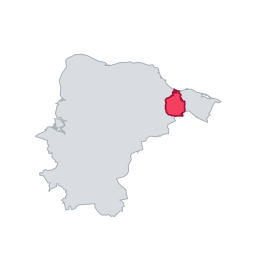 Paraná on a map of Brazil (Natural Earth projection), rotated 257°
{"feature_id": "BRA-613", "entity_name": "Paraná", "entity_type": "State", "adm_level": 1, "iso_a3": "BRA", "parent_name": "Brazil", "parent_adm1": "", "projection": "natural_earth1", "projection_center": [-50.532, -24.613], "detail": "fine", "context": "in_parent", "style": "filled", "palette": "rose", "viewbox_px": 256, "rotation_deg": 257, "n_neighbors": 0, "source": "natural_earth", "source_scale": "10m", "svg_char_len": 7935}
<svg xmlns="http://www.w3.org/2000/svg" viewBox="0 0 256 256"><g transform="rotate(257 128 128)"><path d="M74.8,51.4L77.1,53.7L79.9,52.6L80.8,54.0L82.4,52.0L86.2,49.9L87.0,47.9L89.5,46.8L89.7,45.6L86.9,45.1L86.2,39.8L83.8,36.4L87.0,38.1L89.9,38.0L92.0,39.7L92.6,37.6L99.9,35.1L101.5,33.3L101.4,31.7L103.6,31.6L104.2,32.4L103.5,35.1L105.4,35.9L106.0,38.1L104.8,39.8L104.1,44.2L105.5,48.8L109.0,51.5L110.4,51.1L111.2,49.6L112.5,50.0L116.4,47.5L121.3,48.3L120.6,46.3L121.3,45.0L122.3,45.6L125.5,44.6L129.1,47.0L130.7,45.8L134.1,46.7L140.5,36.2L141.5,37.3L143.7,46.9L144.8,48.4L146.9,49.3L147.1,51.7L143.5,56.4L141.2,57.9L138.3,64.2L135.4,65.1L138.4,65.3L142.9,62.1L143.8,66.1L145.0,67.4L149.6,66.0L148.3,70.5L150.1,66.9L152.2,64.8L153.3,65.4L153.7,64.8L153.3,63.1L154.7,61.1L158.4,60.6L166.1,64.1L166.6,65.9L167.7,64.7L169.5,66.1L170.0,67.6L169.0,68.6L169.4,69.1L170.4,68.1L170.6,69.1L169.8,70.1L169.2,73.2L170.4,72.0L171.3,69.6L171.4,71.3L174.9,69.2L183.0,71.8L189.5,71.6L195.8,75.8L201.3,81.7L208.2,82.7L209.5,84.9L211.3,93.4L210.5,98.9L207.8,104.5L200.2,113.7L200.2,112.9L198.8,117.1L196.4,120.8L195.3,121.4L194.5,119.7L193.8,120.5L192.8,124.5L193.5,135.7L192.1,142.2L192.2,144.8L190.1,147.5L189.4,154.1L184.4,162.3L184.1,166.1L181.2,167.6L179.7,170.8L175.9,170.9L175.1,169.7L174.8,171.0L168.9,171.3L169.2,172.4L165.5,175.0L163.4,175.0L159.6,177.2L155.0,181.2L154.1,183.1L153.2,182.3L152.9,183.2L151.9,182.8L153.2,183.9L152.1,185.2L151.8,187.3L152.6,191.9L151.5,198.7L147.7,202.6L142.9,212.1L138.3,216.3L138.2,214.9L141.4,213.1L144.2,208.0L144.3,207.1L142.4,207.6L141.3,206.0L141.9,207.6L141.4,209.5L138.6,212.7L137.7,215.2L138.0,216.6L135.9,221.4L133.0,224.4L132.4,223.9L132.3,221.5L134.0,219.4L131.4,216.0L125.6,212.2L123.8,210.0L122.2,211.2L122.0,209.7L118.8,206.3L117.2,207.2L115.6,206.7L122.5,197.7L123.3,197.8L123.2,196.9L130.8,191.5L131.5,187.1L130.1,183.9L127.6,183.8L129.1,176.3L127.5,175.1L124.2,175.8L122.5,167.9L119.8,166.5L117.8,167.5L113.4,166.3L114.0,161.1L112.6,157.0L113.8,156.1L112.7,154.9L115.2,147.4L113.8,143.9L111.4,142.5L111.6,137.8L103.9,137.7L103.5,133.8L102.1,131.9L103.4,131.9L102.3,125.5L99.9,124.0L96.9,124.2L91.4,119.9L85.7,118.8L83.2,116.5L81.5,112.9L81.4,105.3L76.4,106.3L67.8,112.2L65.2,111.5L59.2,111.7L59.5,104.0L56.6,106.6L52.6,106.8L51.8,104.3L48.2,103.9L49.2,101.8L44.7,94.7L45.9,93.5L45.7,91.5L48.3,89.3L47.9,87.5L49.3,82.7L53.7,79.7L58.2,78.0L61.7,78.6L64.1,63.3L63.1,60.0L61.2,58.1L61.3,54.6L65.1,54.2L64.4,52.3L62.1,52.2L62.2,49.0L69.3,49.0L69.2,47.7L70.3,48.8L72.6,47.0L73.8,49.1L73.9,51.6L74.8,51.4ZM145.7,58.0L153.6,58.9L151.7,64.3L150.2,64.4L150.0,65.3L148.8,64.9L147.5,66.3L144.6,66.3L143.5,63.6L144.3,62.9L143.3,61.9L144.0,58.8L145.7,58.0ZM138.9,64.5L140.1,60.7L141.4,60.1L141.3,62.5L138.9,64.5ZM147.8,56.1L147.1,57.6L145.3,57.2L145.6,56.3L147.8,56.1ZM145.1,54.5L144.8,57.5L144.1,57.2L145.1,54.5ZM149.1,58.0L148.0,58.2L147.4,57.9L148.8,57.0L149.1,58.0ZM143.9,58.1L142.8,59.1L142.3,58.6L143.1,57.7L143.9,58.1ZM146.1,55.5L145.5,54.9L146.5,54.3L146.5,54.9L146.1,55.5ZM145.4,47.9L144.8,48.0L144.6,47.0L145.3,46.9L145.4,47.9ZM152.8,194.7L152.6,193.8L153.1,192.9L153.3,193.2L152.8,194.7ZM166.1,174.7L166.3,175.7L165.5,175.5L166.1,174.7ZM152.5,187.9L152.1,187.4L152.7,186.8L152.8,187.0L152.5,187.9ZM170.2,71.3L169.7,72.4L170.2,70.8L170.2,71.3ZM194.9,121.5L194.1,121.8L194.6,121.0L194.9,121.5ZM171.0,171.8L170.2,172.1L170.1,171.9L170.6,171.4L171.0,171.8ZM193.6,123.6L193.3,124.2L193.1,123.8L193.6,123.6ZM168.1,63.7L168.2,64.3L167.9,64.2L168.1,63.7Z" fill="#d9dde1" stroke="#a8b0b8" stroke-width="1"/><path d="M128.6,179.8L128.8,179.1L128.7,178.5L128.7,178.3L129.0,178.0L129.0,177.8L129.0,177.7L128.9,177.4L128.8,177.2L128.7,176.8L128.7,176.6L128.8,176.5L129.1,176.3L129.2,176.2L129.3,176.1L129.7,175.9L129.8,175.6L129.8,175.1L129.8,174.9L129.9,174.5L130.0,174.2L130.2,173.5L130.2,173.3L130.3,173.2L130.6,173.0L131.1,172.7L131.5,171.6L131.6,171.2L131.8,170.6L131.9,170.4L132.2,170.2L133.5,169.6L134.1,169.1L134.4,168.9L134.6,168.9L134.9,169.0L135.0,169.0L135.5,169.1L135.8,168.9L135.9,169.0L136.2,169.2L136.5,169.1L137.0,169.2L137.3,169.1L137.4,169.3L137.5,169.3L137.6,169.2L137.8,168.8L137.9,168.7L138.1,168.7L138.4,168.8L138.9,169.1L139.0,169.2L139.3,169.1L139.6,169.4L139.8,169.3L140.1,169.5L140.4,169.5L140.5,169.5L140.7,169.3L141.1,169.3L141.4,169.5L141.7,169.8L142.0,169.9L143.0,170.2L143.1,170.3L143.3,170.5L143.4,170.8L143.5,170.8L143.8,170.7L144.4,170.7L144.5,170.8L144.8,170.8L145.0,170.6L145.4,170.8L145.5,170.7L145.8,170.8L146.1,170.8L146.5,170.6L146.8,170.7L146.8,170.8L147.0,171.0L147.1,171.3L147.4,171.4L147.6,171.5L147.8,171.6L148.0,172.0L148.2,172.3L148.3,173.0L148.1,173.6L148.2,174.0L148.3,174.2L148.4,174.4L148.5,174.5L148.5,175.1L148.4,175.3L148.4,175.5L148.5,175.7L148.7,175.8L148.7,176.0L148.9,176.3L149.0,176.3L149.1,176.5L149.3,176.6L149.4,176.8L149.4,177.1L149.5,177.2L149.6,177.6L149.8,177.7L149.9,177.8L149.8,178.0L149.6,178.2L149.6,178.3L149.6,178.5L149.5,178.8L149.5,179.0L149.6,179.3L150.0,179.5L150.2,179.4L150.4,179.4L150.6,179.4L150.7,179.2L150.8,179.2L150.9,179.3L151.0,179.4L151.4,179.4L151.5,179.3L151.7,179.5L151.8,179.4L152.0,179.4L152.2,179.5L152.4,179.4L152.5,179.4L152.6,179.6L152.9,179.7L152.8,179.9L152.7,180.0L152.7,180.4L152.6,180.5L152.6,180.8L152.5,181.0L152.6,181.3L152.8,181.4L152.9,181.2L153.0,181.2L153.0,180.9L153.3,180.9L153.5,180.9L153.5,181.0L153.8,181.1L154.0,181.1L154.1,181.7L154.1,181.9L154.2,182.0L154.3,182.1L154.5,182.2L154.8,182.1L154.6,182.4L154.5,182.6L154.2,182.8L154.1,183.1L154.0,183.3L153.9,183.2L154.0,182.7L154.4,182.4L154.2,182.4L154.0,182.5L153.9,182.6L153.7,182.4L153.7,182.6L153.6,182.8L153.6,182.6L153.6,182.1L153.4,182.3L153.5,182.4L153.4,182.5L153.2,182.4L153.1,182.2L153.1,182.3L153.0,182.2L153.1,182.6L152.9,182.6L153.1,182.7L153.1,182.8L153.2,183.0L153.0,183.3L152.8,183.3L152.8,183.2L152.7,183.2L152.6,183.3L152.3,183.2L152.1,183.0L151.8,182.7L151.9,183.1L152.0,183.2L152.1,183.3L151.9,183.3L152.0,183.4L152.3,183.4L152.3,183.5L152.2,183.5L152.4,183.6L152.6,183.6L153.0,183.7L152.8,183.8L153.0,183.7L153.3,183.7L153.4,183.8L153.1,184.1L152.8,184.8L152.7,185.2L152.5,184.9L152.4,185.0L152.5,185.1L152.2,185.2L151.8,185.2L151.7,185.3L151.8,185.3L152.5,185.3L152.5,185.9L152.3,185.9L152.2,185.8L151.1,185.8L151.0,186.0L150.7,186.0L150.6,185.9L150.6,186.0L150.4,186.0L150.3,185.9L150.2,186.0L149.9,186.1L149.7,186.2L149.5,186.5L149.2,186.7L148.9,186.8L148.7,187.1L148.3,187.1L148.0,186.9L147.8,186.7L147.7,186.6L147.4,186.4L147.1,186.1L146.9,186.1L146.7,186.0L145.8,186.2L145.6,186.1L145.4,186.1L145.3,186.3L145.3,186.5L145.2,186.5L145.1,186.3L144.8,186.2L144.7,186.1L144.4,186.1L144.2,186.0L144.3,186.2L144.0,186.2L144.0,186.3L143.9,186.7L143.7,186.9L143.6,187.1L143.4,187.1L143.2,187.2L142.9,187.3L142.8,187.2L142.7,187.3L142.5,187.1L142.3,187.2L142.2,187.1L142.0,187.4L141.6,187.5L141.4,187.9L141.3,188.1L141.4,188.3L141.5,188.8L141.5,189.0L141.3,189.2L140.9,189.3L140.7,189.2L140.5,188.9L140.0,188.9L139.8,188.8L139.6,188.9L138.9,188.9L138.6,188.8L138.4,188.8L137.9,188.5L137.9,188.4L137.6,188.2L137.2,188.1L136.7,188.1L136.2,187.9L135.8,187.9L135.7,187.9L135.0,187.6L134.5,187.8L134.3,187.7L134.1,187.8L133.8,187.8L133.1,187.3L132.8,187.1L132.7,187.2L132.3,187.4L132.1,187.4L131.7,187.2L131.2,186.6L131.1,186.1L130.8,185.8L130.8,185.6L130.8,185.3L130.8,184.9L130.6,184.6L130.6,184.4L130.5,184.2L130.3,184.2L130.2,184.0L130.1,183.8L129.9,183.8L129.8,183.7L129.8,183.8L129.7,183.9L129.6,183.7L129.6,183.4L129.4,183.6L129.2,183.6L129.3,183.9L129.1,183.9L129.1,184.0L129.0,183.7L128.9,183.7L128.7,183.9L128.5,184.1L128.3,184.2L128.3,184.3L128.2,184.3L128.2,184.2L127.9,184.0L127.9,183.8L127.6,183.8L127.7,183.6L127.6,183.3L127.6,183.1L127.7,182.8L127.9,182.7L128.0,182.4L128.1,182.0L128.3,181.8L128.3,181.7L128.2,181.3L128.2,181.2L128.4,180.1L128.6,179.8ZM153.6,182.9L153.8,182.7L153.9,182.8L153.8,183.1L153.8,183.3L153.7,183.4L153.6,183.2L153.6,182.9Z" fill="#f43f5e" stroke="#9f1239" stroke-width="1.5"/></g></svg>